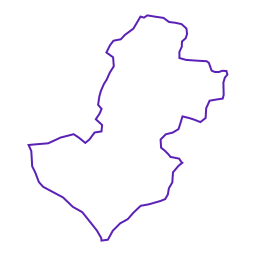 Falkenberg, Halland, Sweden (Albers equal-area conic projection)
{"feature_id": "70781695B60260564619256", "entity_name": "Falkenberg", "entity_type": "district", "adm_level": 2, "iso_a3": "SWE", "parent_name": "Sweden", "parent_adm1": "Halland", "projection": "albers", "projection_center": [12.796, 57.048], "detail": "fine", "context": "isolated", "style": "outline", "palette": "violet", "viewbox_px": 256, "rotation_deg": 0, "n_neighbors": 0, "source": "geoboundaries", "source_scale": "gbopen_adm2", "svg_char_len": 1363}
<svg xmlns="http://www.w3.org/2000/svg" viewBox="0 0 256 256"><path d="M28.6,145.0L31.3,151.1L32.2,166.3L35.3,172.6L38.9,182.1L43.1,186.8L53.0,192.1L63.0,197.4L72.9,206.9L82.3,212.2L90.7,222.7L97.0,230.7L101.2,238.0L101.5,240.6L107.9,239.7L112.8,230.7L120.2,223.3L127.7,219.2L133.6,212.5L140.7,205.8L148.9,204.3L160.4,201.0L165.2,199.1L167.8,194.6L168.9,188.3L172.3,182.4L173.0,172.3L178.6,165.7L182.3,162.8L181.4,162.1L179.1,158.6L170.4,156.9L168.7,154.6L164.6,150.5L161.1,147.7L160.6,139.5L165.8,134.3L172.7,132.6L178.5,129.1L180.2,123.9L182.5,116.4L189.4,118.1L194.6,119.8L200.4,122.1L205.6,118.0L206.2,108.2L209.6,100.7L216.5,99.5L222.7,98.6L223.7,94.9L223.5,87.8L223.4,82.6L224.8,77.7L227.4,74.6L226.4,71.0L225.6,71.0L222.2,70.8L218.9,72.0L214.9,72.0L211.6,70.6L208.9,62.9L206.6,61.2L198.8,60.8L186.0,59.9L179.4,58.0L179.4,51.9L181.8,46.7L182.0,41.5L185.7,38.2L187.1,33.9L186.4,28.5L181.5,24.1L174.9,22.7L169.0,22.0L163.5,17.9L154.0,16.5L147.5,15.4L147.3,15.4L144.0,17.6L140.5,16.6L133.4,28.6L124.9,34.9L120.8,39.3L113.5,40.7L110.1,45.1L106.4,52.5L113.1,57.3L113.8,66.2L109.7,72.8L106.8,79.4L103.8,84.2L100.8,91.2L99.3,96.7L98.1,104.8L101.6,108.9L99.3,114.1L95.8,119.2L102.1,125.0L101.5,131.4L94.6,132.5L89.4,139.5L85.3,142.9L78.9,137.7L73.7,134.2L60.4,137.6L56.9,139.3L48.2,143.3L34.9,144.4L28.6,145.0Z" fill="none" stroke="#5b21b6" stroke-width="2"/></svg>